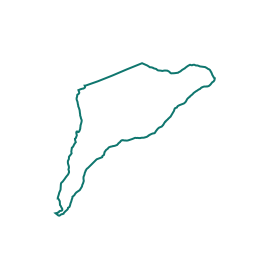 Escazu, San José, Costa Rica, rotated 248°
{"feature_id": "36466004B13672837232461", "entity_name": "Escazu", "entity_type": "district", "adm_level": 2, "iso_a3": "CRI", "parent_name": "Costa Rica", "parent_adm1": "San José", "projection": "orthographic", "projection_center": [-84.155, 9.916], "detail": "fine", "context": "isolated", "style": "outline", "palette": "teal", "viewbox_px": 256, "rotation_deg": 248, "n_neighbors": 0, "source": "geoboundaries", "source_scale": "gbopen_adm2", "svg_char_len": 5661}
<svg xmlns="http://www.w3.org/2000/svg" viewBox="0 0 256 256"><g transform="rotate(248 128 128)"><path d="M76.1,28.9L73.1,30.6L72.5,31.3L72.5,32.2L72.9,33.5L72.9,34.3L72.7,35.0L72.7,36.2L73.3,36.7L74.3,39.0L74.9,40.8L75.3,41.6L75.6,42.0L76.4,42.4L76.5,42.7L76.7,44.0L76.9,44.3L78.0,45.3L79.7,46.5L80.5,47.3L81.9,48.5L82.3,48.7L84.1,50.3L84.7,50.6L85.0,50.7L85.8,53.1L86.7,54.2L87.6,55.9L88.5,60.0L91.0,63.4L92.5,64.4L93.5,65.6L94.5,66.3L94.8,66.7L95.3,67.0L95.6,67.2L97.6,67.7L97.8,67.8L98.6,68.1L99.4,68.5L100.5,69.6L101.1,70.1L101.6,70.5L102.4,71.0L102.9,71.4L103.0,71.5L103.5,72.1L104.0,72.6L104.4,72.8L104.4,73.0L105.2,73.9L105.6,74.6L106.0,76.0L110.7,87.2L110.6,93.1L111.3,93.5L111.7,94.0L111.8,94.7L112.0,95.4L112.2,95.8L113.4,96.5L113.7,96.8L114.3,97.1L114.3,97.3L115.0,98.0L115.3,98.7L115.7,99.2L115.7,99.3L115.9,99.6L116.2,100.9L116.4,101.4L116.4,101.6L116.9,102.3L117.2,103.0L117.2,104.9L117.1,105.3L116.9,106.4L116.9,107.1L116.7,107.6L116.7,107.9L116.6,108.1L116.4,109.5L116.4,111.7L116.8,112.3L116.8,112.5L117.4,113.4L117.4,113.6L117.5,113.8L117.6,114.2L117.8,114.5L117.8,114.8L117.9,115.3L118.1,115.5L118.4,116.0L118.5,116.2L118.6,116.6L118.8,116.8L118.9,117.8L118.7,118.1L118.7,118.7L118.6,118.8L117.9,119.7L117.5,120.8L117.1,121.4L116.6,122.7L116.5,123.1L116.2,127.8L116.2,130.8L116.0,131.4L115.5,132.2L115.2,133.3L114.7,134.1L114.3,135.0L114.2,135.4L114.0,135.8L114.0,136.5L113.9,136.7L113.7,137.4L113.3,138.4L113.0,139.5L113.0,140.3L112.9,140.4L112.9,140.9L112.8,141.3L112.8,142.7L113.0,143.1L113.0,143.6L113.1,143.8L113.1,144.0L113.3,144.2L113.3,144.4L113.4,144.5L113.5,145.9L113.6,146.0L113.6,147.0L113.7,147.4L113.6,149.4L113.5,149.5L113.3,150.1L113.3,150.6L113.4,151.1L113.8,151.6L114.2,152.2L114.4,152.3L114.8,153.1L115.0,153.3L115.2,153.7L115.6,154.3L115.6,154.5L115.9,154.9L116.0,155.1L116.2,155.5L116.5,156.3L116.6,156.8L116.7,157.0L116.7,159.7L116.8,159.9L116.8,160.1L117.0,160.4L117.1,160.6L117.3,161.0L117.4,161.4L117.6,161.7L117.8,161.8L117.9,162.1L118.3,162.6L118.8,163.3L119.2,163.7L119.5,164.3L119.7,164.5L119.7,164.8L119.9,164.9L120.0,165.4L120.2,165.5L120.4,166.2L120.6,166.5L120.6,166.8L120.8,167.2L120.9,167.4L121.0,167.8L121.1,168.0L121.2,168.4L121.5,168.7L122.0,170.2L122.2,170.5L122.4,171.2L122.5,171.6L126.7,177.1L127.9,178.0L128.1,178.3L128.5,178.6L128.7,179.0L128.7,181.1L128.9,181.3L129.2,181.5L129.5,182.0L129.7,182.5L129.8,183.4L129.9,184.2L129.8,189.0L130.0,189.7L130.4,190.7L130.8,191.5L132.3,193.3L132.7,193.8L133.2,194.8L133.2,195.0L133.4,195.5L133.6,196.2L133.8,196.6L133.8,196.9L134.0,197.0L134.0,197.3L134.2,197.7L134.3,198.0L134.7,199.0L134.7,199.3L135.3,200.9L135.9,202.0L136.0,202.6L136.1,202.8L136.7,205.4L136.7,206.1L136.9,206.6L137.1,207.6L137.2,207.9L137.2,209.3L137.8,210.7L137.9,211.0L137.9,211.5L138.0,211.6L138.0,213.5L137.9,214.1L137.3,215.6L137.1,216.5L136.9,216.7L136.8,217.5L136.7,217.6L136.7,218.8L136.9,219.5L137.1,219.8L137.2,220.4L138.8,223.2L139.1,224.8L139.4,225.2L139.5,225.3L139.6,225.6L140.0,226.1L141.6,227.1L141.9,226.7L142.1,226.6L142.3,226.5L143.0,226.5L143.1,226.4L144.3,226.3L145.2,226.1L147.9,226.1L148.6,226.1L149.0,225.9L150.5,225.8L151.3,225.6L151.9,225.2L152.1,225.1L153.0,224.2L154.3,223.4L155.2,222.6L155.6,222.3L158.2,217.7L159.1,216.8L159.9,215.9L160.2,215.3L160.5,214.5L160.9,214.0L161.7,213.3L162.2,212.1L162.2,210.8L162.7,210.0L163.2,209.5L163.4,209.1L163.1,206.7L162.9,205.8L162.6,204.8L162.6,204.6L162.4,204.0L162.2,203.3L162.0,203.0L162.0,202.7L161.6,200.0L160.9,197.9L160.7,195.7L160.5,195.1L161.2,192.4L161.5,191.3L162.0,190.0L162.4,188.8L162.6,188.4L163.7,187.7L164.2,187.6L165.2,187.0L166.4,186.0L167.4,183.9L167.7,183.0L168.0,181.4L168.2,180.9L168.8,180.1L170.1,177.5L171.0,176.8L172.1,176.3L172.5,175.8L173.7,174.2L174.5,173.7L174.7,173.3L174.9,173.2L175.7,172.1L176.1,171.1L178.6,169.4L182.8,165.3L182.8,148.8L182.5,133.1L182.6,117.6L183.2,104.6L183.5,103.7L183.0,103.7L182.3,103.6L181.9,103.4L181.6,103.1L181.5,102.6L181.3,101.9L181.3,101.2L181.5,100.5L181.6,100.3L181.6,99.3L181.7,99.1L181.7,96.2L179.3,96.1L178.9,96.0L178.6,95.6L178.3,95.3L178.0,94.7L178.0,94.2L177.9,93.6L177.5,93.2L176.4,92.7L175.9,92.3L175.7,92.2L175.2,91.8L175.1,91.6L173.8,91.1L173.1,91.0L171.2,91.0L170.5,90.8L169.8,90.7L169.3,90.5L168.6,90.4L167.9,90.4L166.8,90.0L164.6,90.0L163.9,89.9L162.7,89.8L159.4,88.9L158.7,88.8L157.4,88.3L156.2,88.3L156.0,88.2L155.3,88.2L154.8,88.0L152.6,88.0L151.2,87.3L150.4,86.7L149.3,85.9L148.8,85.4L148.4,85.2L148.1,84.9L147.2,84.5L146.2,83.9L145.5,83.6L144.4,82.8L143.8,82.1L143.5,81.9L143.0,81.3L142.8,80.7L142.9,80.2L143.9,79.5L143.9,79.0L143.3,78.4L143.0,78.4L142.4,78.1L141.7,78.1L141.3,77.9L140.6,77.9L140.2,77.7L139.6,77.1L138.8,76.3L138.5,76.2L138.1,75.6L137.9,75.0L137.9,74.8L137.7,74.7L136.8,74.5L135.8,74.3L134.6,74.3L134.4,74.3L133.8,73.2L133.5,72.9L133.5,72.6L133.0,72.1L132.6,71.5L132.3,71.3L131.6,70.4L131.4,70.3L130.8,69.1L130.8,68.6L127.2,66.5L126.0,66.3L125.6,66.2L125.2,65.6L124.9,65.0L124.4,64.3L124.0,63.5L123.5,62.6L123.1,62.3L122.7,62.2L121.3,61.5L119.9,59.9L118.5,59.3L117.4,59.0L114.7,58.8L113.2,58.3L112.8,58.0L112.0,57.3L111.6,57.2L110.8,57.2L109.7,57.0L109.2,56.8L108.8,56.6L108.7,56.5L108.4,56.0L108.2,55.9L107.5,55.2L107.1,54.6L106.4,53.2L106.2,53.0L105.9,52.3L105.6,52.0L105.5,51.7L104.6,50.4L103.6,48.7L103.2,48.1L102.6,47.0L102.3,45.9L102.0,45.5L101.6,45.1L101.0,44.7L96.2,42.4L95.5,41.8L94.1,40.3L93.6,39.9L93.3,39.6L92.6,39.2L89.7,36.8L89.3,36.6L89.3,36.8L85.7,37.3L82.1,36.1L81.7,36.2L81.1,36.4L79.1,36.5L78.4,36.7L77.4,36.7L76.7,36.4L76.4,36.1L76.3,35.8L76.3,34.9L76.6,33.8L76.5,33.1L76.3,32.8L75.9,32.3L76.0,31.6L75.6,31.0L75.7,30.6L75.9,30.1L76.1,28.9Z" fill="none" stroke="#0f766e" stroke-width="2"/></g></svg>